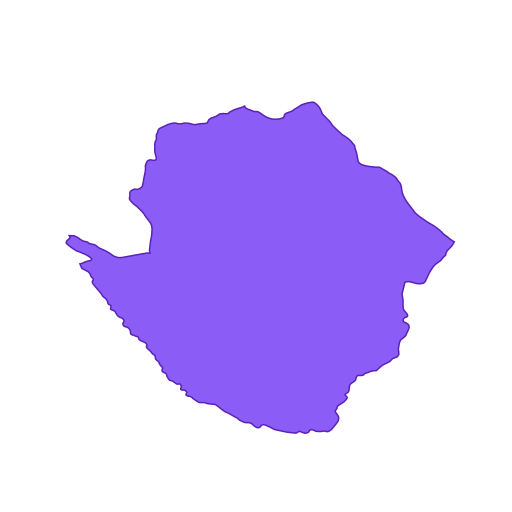 the district of Forohem, Cova Lima, East Timor, rotated 287°
{"feature_id": "22284137B96492698120269", "entity_name": "Forohem", "entity_type": "district", "adm_level": 2, "iso_a3": "TLS", "parent_name": "East Timor", "parent_adm1": "Cova Lima", "projection": "equal_earth", "projection_center": [125.112, -9.256], "detail": "fine", "context": "isolated", "style": "filled", "palette": "violet", "viewbox_px": 512, "rotation_deg": 287, "n_neighbors": 0, "source": "geoboundaries", "source_scale": "gbopen_adm2", "svg_char_len": 6099}
<svg xmlns="http://www.w3.org/2000/svg" viewBox="0 0 512 512"><g transform="rotate(287 256 256)"><path d="M220.9,71.4L219.4,72.9L218.0,72.4L216.7,71.5L215.0,70.6L213.8,70.5L212.8,70.7L211.6,73.2L210.2,76.8L208.6,82.1L208.4,82.9L208.4,84.7L208.2,87.4L207.9,89.2L207.8,91.3L207.5,93.1L207.1,94.9L206.2,98.0L205.5,99.3L204.7,99.8L203.1,99.0L202.4,97.4L200.9,95.0L199.7,93.5L198.6,92.5L197.0,89.9L194.0,92.4L193.2,93.3L191.9,100.1L191.2,101.4L190.6,102.3L188.9,103.6L188.2,104.3L187.6,105.1L186.6,107.0L185.2,107.3L184.3,106.9L183.4,107.1L182.5,107.5L181.6,108.4L174.8,118.8L172.5,121.5L171.2,124.9L170.2,126.2L169.2,127.3L167.9,127.9L167.0,128.6L166.6,129.5L166.5,130.9L165.9,131.9L164.2,132.3L163.3,132.2L162.6,132.6L162.3,133.8L162.1,136.6L161.4,137.8L159.9,139.3L158.5,141.0L157.8,142.5L157.5,144.1L157.5,145.6L157.1,146.8L156.4,148.0L155.7,148.8L154.4,148.8L152.6,148.4L151.6,148.8L150.5,149.8L150.2,151.0L150.2,153.9L149.6,155.7L148.6,156.9L147.2,157.9L145.4,158.6L144.7,159.2L144.3,160.9L144.5,162.0L144.2,164.0L144.1,166.9L143.0,167.9L142.0,168.5L141.4,170.1L141.1,172.3L140.9,174.4L140.5,175.9L140.0,177.0L139.2,177.6L138.2,177.7L137.4,177.6L135.9,178.9L134.4,182.3L133.6,183.6L132.7,184.8L132.0,186.0L131.6,187.7L130.9,188.7L129.9,189.3L128.6,189.7L127.8,190.5L127.1,192.0L126.5,193.6L125.7,194.6L124.7,195.1L124.2,195.7L123.3,196.8L122.6,198.3L121.9,199.2L120.9,199.5L119.7,199.4L118.7,199.7L117.9,200.6L117.5,203.3L117.2,204.4L116.5,205.1L114.8,206.1L112.7,208.5L111.9,209.6L112.0,211.9L111.9,213.1L110.6,216.9L110.4,218.0L110.6,219.0L111.3,219.7L111.3,220.8L110.7,221.8L109.8,222.5L108.6,222.8L107.2,222.7L106.4,223.1L106.1,224.2L106.5,225.4L106.8,226.6L106.5,228.0L106.0,229.2L105.3,229.7L103.3,229.5L102.4,230.0L102.1,232.2L102.5,233.7L102.1,235.9L101.4,237.2L100.6,239.5L99.3,244.0L99.5,245.4L100.7,249.5L100.7,253.3L101.2,255.9L101.8,258.8L102.1,260.6L100.4,265.4L99.1,268.5L98.0,272.1L97.7,274.9L97.3,277.4L96.0,282.5L95.7,284.4L95.3,286.1L94.7,287.1L94.2,288.4L93.9,290.2L93.5,293.1L93.6,294.2L93.6,294.7L94.5,297.8L94.6,299.9L94.3,301.2L93.3,303.2L92.6,305.0L92.2,306.6L92.3,308.1L92.9,309.3L94.3,310.4L95.9,310.6L96.8,312.2L97.1,314.2L96.7,317.2L96.4,319.7L95.5,324.1L95.9,329.5L96.6,337.3L98.2,345.7L99.0,346.9L100.4,348.0L101.1,348.9L100.8,352.6L100.9,354.9L101.7,356.4L102.4,357.4L103.6,358.0L104.8,358.3L105.7,359.0L106.3,360.2L106.3,361.5L106.1,363.0L105.9,364.7L106.5,367.3L107.1,369.4L108.1,371.3L108.7,372.9L108.6,374.3L109.0,375.7L109.6,376.9L112.3,379.0L118.3,381.5L122.2,382.8L123.9,382.7L125.5,382.4L126.7,381.7L130.5,377.1L131.2,377.1L133.9,378.0L135.1,377.7L136.3,378.0L137.0,378.4L140.3,381.1L142.1,382.7L145.6,384.4L147.2,384.7L148.1,383.9L148.5,382.9L149.1,381.9L150.0,381.8L152.9,384.1L154.2,384.3L156.1,383.9L159.4,383.4L160.7,383.5L162.2,384.5L165.2,386.9L166.6,387.5L168.0,387.4L170.1,387.5L170.9,387.8L171.6,388.5L172.2,390.7L173.0,392.7L173.8,393.7L175.2,394.2L176.0,395.1L176.9,396.6L179.3,399.5L181.1,402.9L181.3,404.2L182.1,405.0L184.8,406.5L188.3,408.7L189.5,409.8L193.0,413.6L194.3,414.8L196.4,415.9L197.8,416.6L200.8,420.5L202.1,421.0L203.5,421.4L206.4,420.4L207.7,419.7L209.0,419.3L214.0,418.6L216.6,418.6L218.3,419.1L222.5,421.9L224.0,422.6L226.0,422.7L227.8,423.0L230.4,423.3L232.5,423.4L234.7,422.2L235.3,421.1L235.9,419.2L236.1,417.1L236.8,415.9L238.2,415.4L239.1,415.5L240.6,416.2L241.3,417.4L242.3,418.4L243.3,418.5L244.9,417.3L247.4,413.3L249.0,412.1L252.4,410.8L255.9,409.8L258.3,408.8L262.0,406.9L263.2,406.7L272.7,406.2L274.0,406.0L275.2,407.1L276.2,409.6L276.4,411.9L276.7,418.3L277.1,420.0L277.7,421.7L279.0,424.2L281.0,425.3L290.4,426.6L295.9,428.1L298.4,429.0L300.4,430.0L304.8,433.3L306.4,434.3L308.4,435.0L310.8,436.2L312.0,437.1L314.3,436.9L315.8,437.1L317.5,437.5L319.0,438.4L323.0,440.3L325.1,441.0L327.6,441.5L328.1,439.1L329.2,435.9L330.4,433.1L331.2,430.6L331.8,429.0L333.4,426.2L335.0,422.5L336.7,417.7L338.9,408.8L341.6,400.6L343.6,395.9L351.0,385.6L353.5,382.5L356.9,379.2L359.9,377.0L365.1,374.5L367.6,372.7L369.0,370.5L371.8,366.9L372.4,365.7L373.7,361.8L374.2,358.9L375.0,356.9L376.9,348.5L376.8,347.1L375.9,344.4L375.7,343.2L375.0,339.8L374.5,336.2L374.3,333.8L374.3,329.9L375.1,327.7L376.3,326.1L384.0,322.0L388.5,318.9L390.4,318.0L393.5,313.3L395.2,309.9L396.7,305.2L397.2,303.2L400.0,297.2L402.9,291.5L406.8,286.3L408.0,283.8L411.3,277.9L415.6,274.3L417.6,271.9L418.8,269.5L419.6,267.6L419.8,266.3L419.5,264.6L417.5,260.7L416.2,258.6L414.6,256.3L413.5,255.0L410.5,252.6L407.6,249.9L405.1,248.1L403.5,246.0L401.7,243.6L400.8,242.6L400.0,242.2L398.9,242.0L397.0,242.0L396.0,241.4L393.9,238.3L392.3,234.1L391.7,231.2L391.6,228.1L391.9,225.0L392.6,222.3L394.0,218.1L394.5,215.8L394.3,214.4L393.7,212.4L393.7,210.8L394.0,206.8L394.1,204.3L394.4,203.1L395.0,202.1L396.1,201.3L394.5,199.7L390.5,193.7L389.3,192.3L388.2,191.0L385.9,188.7L384.1,187.7L383.2,185.6L382.7,183.1L381.7,180.7L381.1,179.6L380.0,178.8L377.9,177.0L375.8,174.3L374.7,172.6L372.5,171.0L369.6,170.6L368.8,170.1L367.8,168.6L367.2,166.6L366.3,164.3L363.6,158.8L363.4,156.7L363.3,153.8L362.9,151.2L362.2,148.8L361.2,146.8L360.4,145.6L359.6,142.5L359.7,140.8L359.3,138.9L357.7,135.8L356.0,133.3L349.5,126.2L347.7,125.7L346.1,125.6L345.0,125.9L344.2,125.5L343.1,125.3L340.8,125.8L338.8,126.6L335.3,126.2L332.7,126.6L330.5,127.5L327.6,128.2L325.3,129.2L320.5,132.1L318.8,132.2L317.9,131.2L317.3,129.0L317.2,127.2L316.2,125.3L314.8,124.2L311.7,123.8L309.9,123.8L307.2,124.8L304.5,125.4L297.0,126.1L293.7,126.6L289.5,126.9L288.4,126.5L286.8,125.3L285.7,124.2L285.0,122.9L284.4,120.1L282.5,118.0L281.8,117.5L280.4,116.8L279.0,116.9L277.4,117.7L274.9,117.9L273.2,118.5L271.9,120.3L270.0,123.6L268.7,127.2L267.6,129.4L265.4,133.7L263.6,136.5L262.8,137.3L261.4,139.0L256.6,145.6L254.6,147.3L251.5,148.7L246.6,149.9L243.4,150.4L239.5,150.8L230.1,152.5L227.8,153.9L227.1,151.1L220.5,138.2L215.7,128.9L214.9,127.0L214.3,125.1L214.1,122.1L214.3,120.1L216.1,114.3L216.9,110.8L217.8,103.8L218.2,102.3L219.3,99.9L219.6,98.0L219.2,92.9L220.1,90.7L219.8,86.2L220.4,83.5L221.4,80.8L221.9,78.1L222.1,76.0L220.9,71.4Z" fill="#8b5cf6" stroke="#5b21b6" stroke-width="1.5"/></g></svg>